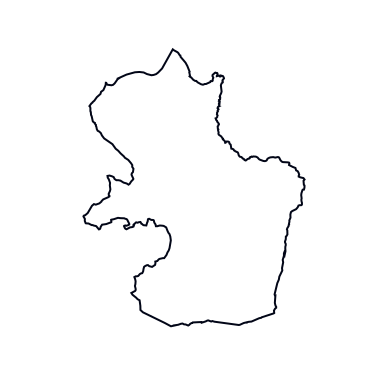 outline of Biharamulo, Geita, United Republic of Tanzania, rotated 162°
{"feature_id": "72390352B49618457772181", "entity_name": "Biharamulo", "entity_type": "district", "adm_level": 2, "iso_a3": "TZA", "parent_name": "United Republic of Tanzania", "parent_adm1": "Geita", "projection": "mercator", "projection_center": [31.336, -2.772], "detail": "fine", "context": "isolated", "style": "outline", "palette": "ink", "viewbox_px": 384, "rotation_deg": 162, "n_neighbors": 0, "source": "geoboundaries", "source_scale": "gbopen_adm2", "svg_char_len": 6055}
<svg xmlns="http://www.w3.org/2000/svg" viewBox="0 0 384 384"><g transform="rotate(162 192 192)"><path d="M264.2,296.5L264.0,295.2L264.5,289.8L264.0,288.8L263.0,287.7L263.3,287.1L262.6,285.4L263.0,284.6L262.8,283.6L263.1,281.2L262.8,279.4L261.6,278.2L260.5,276.2L260.2,273.6L259.0,270.1L252.9,262.1L251.2,256.7L249.4,254.0L248.0,250.8L245.7,246.8L245.3,245.4L242.7,242.2L241.0,238.0L240.5,236.0L241.1,234.4L240.5,232.2L242.0,229.2L243.5,228.3L244.2,227.1L243.7,222.7L244.0,222.2L246.6,220.8L248.8,219.0L250.1,218.6L251.5,220.3L254.2,222.1L256.5,224.9L258.4,226.0L260.3,226.6L261.6,228.3L261.9,230.4L263.3,231.7L265.3,233.1L267.4,233.4L267.7,231.7L267.2,229.7L267.1,226.0L268.1,223.7L268.8,219.8L269.7,218.3L271.8,216.0L272.1,214.6L271.7,214.0L271.9,213.3L273.5,212.9L278.7,212.4L280.8,211.3L281.2,210.8L283.7,209.8L287.4,209.7L289.0,210.8L291.4,209.8L297.7,204.2L300.8,202.9L301.9,203.0L302.7,202.5L302.8,202.2L302.2,199.6L302.9,197.6L302.8,195.3L302.6,195.0L300.1,194.0L297.7,191.6L296.8,191.3L295.6,190.3L294.0,189.4L293.6,189.0L292.1,185.2L291.2,185.2L290.6,185.6L289.5,187.2L287.6,188.7L283.5,188.0L278.2,188.2L277.9,188.4L277.6,190.5L277.3,190.6L274.9,190.3L270.4,190.3L268.3,189.3L264.5,187.9L263.8,187.2L262.8,186.6L262.2,185.8L261.5,181.1L261.7,180.5L262.7,180.2L264.9,180.2L265.8,180.8L267.0,180.8L267.2,180.6L267.0,178.5L266.6,177.5L265.8,176.8L262.0,177.5L259.6,177.1L258.3,177.2L258.0,177.6L258.4,177.6L257.7,179.0L254.5,180.4L253.2,179.6L251.9,179.7L250.3,179.4L249.9,177.4L249.5,177.2L248.7,175.8L248.3,175.4L245.8,174.3L243.9,177.1L243.4,177.4L242.3,179.7L241.1,179.8L239.3,178.0L237.6,177.4L237.1,176.8L237.3,174.5L236.7,172.4L236.9,170.6L235.7,170.2L233.0,170.1L230.8,169.2L229.4,168.5L227.5,166.3L227.3,162.7L227.0,160.4L226.4,158.9L226.4,156.3L227.1,152.5L230.7,145.6L232.2,143.6L234.0,142.1L235.7,140.0L238.9,137.7L240.1,138.1L243.5,138.4L244.5,138.2L246.3,137.1L248.4,137.2L248.7,135.8L249.6,134.1L253.1,133.1L255.6,134.7L256.5,136.1L257.5,136.3L259.2,136.1L260.6,135.7L261.7,134.1L263.0,131.6L264.4,130.2L266.1,130.3L267.1,130.0L269.0,128.8L270.2,128.8L271.7,129.2L273.1,128.9L273.0,126.9L273.2,124.6L274.3,121.9L275.3,120.3L275.5,117.5L275.8,116.3L276.6,115.5L280.9,114.7L280.3,112.6L277.8,108.8L276.9,106.9L275.3,105.2L276.3,99.7L277.5,95.7L275.8,92.7L258.4,75.9L253.5,70.8L249.6,70.4L249.7,70.6L246.2,70.0L243.2,70.1L241.6,69.8L240.5,68.6L239.0,68.0L236.9,66.2L235.6,66.5L234.4,67.2L232.7,67.5L232.1,67.3L231.6,67.7L223.1,65.4L223.2,64.7L219.0,64.7L217.1,65.0L216.1,64.8L213.8,62.9L212.6,63.0L210.7,61.7L188.7,51.1L187.7,50.9L183.3,51.4L181.7,51.3L180.4,50.9L180.3,51.2L178.1,51.0L175.5,50.4L167.1,51.2L164.9,51.0L164.4,51.3L151.9,51.3L151.2,51.5L150.7,53.9L149.0,55.4L147.7,55.9L147.4,56.9L147.7,58.0L147.5,60.9L144.7,67.7L145.1,67.7L145.1,69.1L139.0,79.0L136.5,81.8L135.1,84.5L130.4,89.4L129.9,91.8L127.0,97.0L126.7,99.4L124.3,102.9L123.5,105.3L123.1,105.8L123.1,103.9L121.4,106.8L120.7,109.6L120.1,111.2L119.3,112.4L118.9,113.7L119.1,115.2L118.9,116.1L117.4,118.1L116.5,120.6L116.0,120.7L114.4,122.1L113.2,126.1L113.3,127.1L112.6,128.1L110.7,129.7L110.3,130.7L109.7,131.0L109.6,131.8L108.5,133.7L108.2,134.9L106.3,137.1L105.4,140.2L104.1,142.3L102.6,142.9L98.3,143.5L96.3,144.7L94.9,146.2L93.8,146.2L92.3,145.7L91.7,145.8L91.3,146.2L90.8,147.6L90.7,149.4L90.4,150.8L89.7,152.1L89.1,155.3L88.3,157.0L86.5,159.5L86.0,160.0L84.8,159.7L83.8,161.2L83.1,163.0L83.0,163.5L83.3,164.0L83.4,163.7L83.4,164.2L82.7,167.3L82.4,168.3L81.1,169.1L81.7,170.8L84.5,172.5L85.8,173.7L85.5,174.5L84.7,175.3L84.7,177.6L85.1,179.2L86.3,180.4L86.2,182.9L88.4,184.7L91.4,187.7L90.5,189.2L90.6,189.9L91.5,190.5L96.4,192.4L97.1,193.0L98.0,194.7L98.5,197.9L99.4,198.7L102.2,199.0L104.0,200.1L106.7,200.7L108.0,200.7L109.9,200.3L111.2,199.0L111.7,198.8L113.1,198.8L114.6,199.5L117.5,201.8L118.1,202.5L119.0,204.6L120.3,205.9L122.8,206.9L123.5,206.7L124.3,207.2L124.5,207.0L125.7,207.3L126.7,206.7L126.6,206.4L127.0,206.1L129.0,206.2L130.8,205.4L131.3,205.4L132.2,206.2L132.1,206.7L132.9,207.9L133.4,208.1L134.1,209.9L135.7,210.9L136.2,212.3L136.1,214.8L136.3,215.6L138.4,217.5L138.6,218.1L139.2,218.6L139.3,219.6L139.9,220.3L141.2,221.1L140.6,225.1L141.4,226.5L141.2,227.9L141.9,228.7L143.3,229.3L143.9,229.2L144.7,228.5L145.2,228.5L145.2,230.7L146.4,232.5L146.0,233.2L146.4,233.6L147.0,235.8L148.8,238.2L148.9,239.2L148.3,240.3L148.1,243.1L147.6,243.4L147.8,244.5L147.3,246.5L146.4,247.0L146.0,247.8L145.5,248.0L145.4,248.6L145.9,250.3L146.3,251.0L146.2,252.1L146.7,252.9L146.8,254.7L146.2,254.7L144.8,255.6L144.3,256.8L144.0,257.0L144.3,258.2L143.9,258.7L143.8,259.5L142.5,260.7L142.7,261.0L142.6,261.3L141.6,262.4L141.3,262.4L141.3,263.0L141.8,263.7L141.4,264.5L141.1,264.8L140.2,265.0L140.4,265.1L139.0,266.3L139.3,267.4L138.5,268.6L138.2,268.3L137.7,269.4L138.3,270.2L137.8,270.6L137.8,271.2L136.8,271.3L136.4,271.9L136.2,273.7L135.9,273.6L135.7,274.9L133.7,277.0L132.8,278.4L131.6,284.5L130.3,286.2L128.9,286.7L128.4,288.4L128.6,288.5L128.2,289.1L126.5,290.1L126.4,291.1L126.8,292.7L128.3,293.7L128.4,293.3L128.8,293.1L129.5,293.1L130.0,293.4L130.3,294.4L132.6,294.5L132.5,294.8L131.7,295.5L131.2,296.4L131.2,297.1L131.4,297.5L132.2,297.7L132.8,298.3L133.3,298.3L136.2,297.0L136.7,296.0L136.4,294.1L137.5,292.7L137.9,291.5L138.5,291.2L140.0,291.7L140.7,290.9L145.3,290.4L146.7,290.8L147.8,290.6L148.7,290.8L150.1,291.7L152.8,294.6L153.6,296.3L154.6,296.6L156.1,298.3L157.4,301.3L158.0,301.7L158.5,302.7L158.0,302.8L157.6,306.7L157.1,307.1L157.5,313.3L158.2,317.0L160.9,323.6L161.1,324.1L160.9,325.4L161.4,325.8L162.1,328.5L162.6,329.4L165.5,332.5L166.2,333.6L182.3,318.7L187.2,316.1L189.7,315.2L192.4,315.2L194.5,315.6L198.4,318.1L201.0,320.6L204.9,322.4L209.3,323.5L218.0,323.9L226.2,323.0L225.9,322.8L228.0,322.2L232.0,319.2L234.0,318.3L235.6,318.4L239.0,320.0L239.7,320.9L239.8,322.3L240.2,322.5L241.1,320.4L244.8,316.3L247.5,315.4L248.8,313.5L253.2,311.6L256.7,309.0L258.7,308.2L259.0,307.8L260.4,307.3L263.0,305.4L262.6,304.4L262.7,303.2L263.5,300.8L263.7,299.8L263.5,299.4L264.2,296.5Z" fill="none" stroke="#020617" stroke-width="2"/></g></svg>